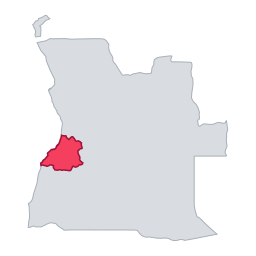 Benguela on a map of Angola (Mercator projection)
{"feature_id": "AGO-1887", "entity_name": "Benguela", "entity_type": "Province", "adm_level": 1, "iso_a3": "AGO", "parent_name": "Angola", "parent_adm1": "", "projection": "mercator", "projection_center": [13.731, -12.811], "detail": "fine", "context": "in_parent", "style": "filled", "palette": "rose", "viewbox_px": 256, "rotation_deg": 0, "n_neighbors": 0, "source": "natural_earth", "source_scale": "10m", "svg_char_len": 5942}
<svg xmlns="http://www.w3.org/2000/svg" viewBox="0 0 256 256"><path d="M226.5,120.8L226.8,123.0L227.2,126.0L227.4,128.2L227.7,129.1L227.8,129.7L227.5,130.2L227.2,131.5L226.8,132.7L226.5,133.5L226.7,135.0L226.4,139.3L226.3,141.5L227.0,145.3L226.9,146.5L225.5,150.1L225.2,151.9L225.1,152.8L226.5,155.4L226.4,155.9L225.3,156.1L224.5,156.1L194.2,156.1L194.2,201.7L194.2,205.6L195.2,210.8L197.0,216.5L197.7,217.0L199.5,218.0L202.0,220.2L203.4,221.8L206.3,224.6L210.1,228.1L217.0,234.2L193.9,238.7L185.1,240.3L184.3,240.3L183.0,239.7L180.2,239.5L176.9,240.4L174.2,240.6L172.3,240.2L170.4,239.5L168.5,238.4L165.3,238.0L160.7,238.3L156.3,238.1L152.0,237.3L149.0,237.0L147.2,237.2L145.2,237.0L143.1,236.3L141.4,235.2L139.2,233.0L137.6,230.8L137.2,230.5L136.6,230.2L136.1,230.1L127.0,230.0L71.6,229.9L65.1,230.2L64.6,230.2L63.8,229.9L63.3,229.4L61.5,228.2L59.9,227.3L57.7,225.7L56.3,224.0L55.2,223.4L53.1,223.1L51.5,222.8L50.3,222.8L48.0,223.6L46.3,224.4L45.1,225.1L43.0,226.0L41.3,226.9L38.2,226.8L37.6,226.9L35.9,226.9L34.3,226.1L32.6,226.2L30.8,227.1L28.2,227.5L28.8,221.1L29.5,218.3L29.5,214.9L29.1,206.2L28.7,205.0L28.4,203.5L30.0,202.5L30.8,201.7L31.9,200.2L32.7,198.2L33.6,193.7L36.9,183.5L38.5,173.5L40.6,168.7L41.3,163.4L47.0,156.6L48.3,152.4L51.3,150.3L55.4,148.1L58.3,144.3L59.7,141.6L61.4,136.4L61.3,131.0L62.4,123.9L62.1,121.8L60.6,119.0L60.3,116.9L58.9,114.9L57.4,113.4L56.7,110.7L54.0,106.5L53.3,103.6L52.0,101.6L51.8,99.1L51.1,96.4L49.8,93.8L48.6,90.8L48.6,89.9L49.4,88.7L50.1,88.4L49.9,88.9L49.4,89.6L49.5,90.1L54.4,84.9L54.8,83.9L54.6,82.7L54.6,81.3L54.8,79.7L50.1,70.0L46.4,61.1L45.8,56.5L40.9,50.6L38.9,46.7L37.8,44.0L37.0,43.0L37.3,42.5L38.6,42.3L41.4,41.7L45.2,41.0L48.8,39.4L49.7,38.7L51.6,38.6L53.5,39.0L54.2,38.7L54.6,38.7L59.1,38.7L61.0,38.6L64.5,38.6L66.7,38.7L67.9,38.9L71.3,39.2L75.5,39.1L77.0,39.0L82.5,38.9L92.8,38.7L98.2,38.7L102.4,38.8L104.3,39.3L106.0,40.4L106.8,41.4L107.1,41.8L107.6,42.8L108.6,43.6L108.9,44.9L108.6,46.6L108.8,48.6L109.3,51.0L110.5,53.6L112.2,56.2L112.9,58.3L112.7,59.8L113.2,61.5L114.5,63.2L115.5,64.1L116.0,64.8L117.5,67.5L122.2,74.9L122.9,75.2L123.9,75.1L126.1,74.8L128.3,74.7L129.8,75.4L130.5,75.3L132.8,74.0L135.1,73.6L137.6,73.1L138.8,72.6L140.3,72.6L144.3,73.6L145.0,73.7L148.2,73.7L151.4,73.1L151.9,68.8L152.0,68.0L152.7,66.4L153.7,65.0L153.8,63.7L153.8,61.8L154.5,59.6L156.6,57.9L160.1,57.0L162.1,56.9L165.2,56.4L170.0,55.9L171.7,56.0L171.9,56.2L170.8,59.3L170.8,60.3L171.2,61.3L172.0,61.8L181.4,61.9L190.5,62.3L191.0,62.4L191.4,62.6L192.0,64.2L191.9,67.1L191.0,71.4L191.3,75.5L192.9,79.2L193.0,85.0L191.8,92.8L191.5,97.7L192.3,99.8L193.7,102.0L196.0,104.2L197.8,107.1L199.0,110.7L199.5,113.0L199.1,113.9L199.2,115.6L199.6,117.9L199.1,119.4L197.9,120.1L197.5,121.2L198.1,123.2L198.2,125.0L199.1,126.2L199.7,126.2L200.9,125.6L202.5,124.4L203.7,123.9L205.4,123.9L207.8,124.3L212.0,124.4L213.3,124.2L217.3,122.6L218.3,122.5L219.9,122.6L222.1,123.1L224.3,123.2L225.4,122.7L225.5,122.0L225.9,121.2L226.5,120.8ZM49.8,18.7L49.5,19.0L47.8,19.7L45.9,20.4L43.3,23.1L42.1,24.3L41.7,24.6L40.6,25.3L39.7,25.8L39.7,26.1L40.3,26.5L40.9,27.1L40.8,31.6L40.6,36.0L40.3,36.4L38.7,36.5L36.5,36.8L35.9,37.0L35.6,36.6L34.9,35.0L35.3,33.4L35.7,32.3L35.3,29.9L34.2,27.9L33.0,25.2L32.7,24.7L33.7,23.9L35.1,22.0L35.7,21.0L37.4,20.8L38.0,20.2L38.5,19.1L38.6,18.5L40.5,17.9L42.8,17.0L44.1,16.0L45.3,15.4L46.2,15.4L46.7,15.6L48.2,17.4L49.4,18.5L49.8,18.7Z" fill="#d9dde1" stroke="#a8b0b8" stroke-width="1"/><path d="M41.0,165.6L40.9,165.3L40.9,165.2L40.9,164.5L40.9,164.3L40.7,163.7L40.8,163.2L41.0,162.8L41.3,162.7L41.6,162.7L41.8,162.4L42.0,162.1L42.3,162.0L42.5,161.9L42.8,161.5L42.8,161.4L42.7,161.2L42.8,160.9L42.9,160.6L43.0,160.4L43.5,160.1L43.6,159.9L43.8,159.8L44.2,159.6L44.3,159.6L44.6,159.5L44.7,159.3L45.8,158.0L46.3,157.6L46.4,157.4L46.7,157.0L47.7,155.8L47.9,155.4L47.9,154.9L47.8,154.5L47.6,154.0L47.4,153.5L47.6,153.1L48.4,152.3L48.8,152.1L49.8,151.1L50.3,150.8L50.4,150.7L50.7,150.2L50.8,150.1L51.2,149.7L51.5,149.5L51.8,149.5L52.2,149.6L52.4,149.7L52.9,149.2L53.1,149.1L53.4,149.2L53.7,149.4L53.9,149.5L54.5,149.4L55.0,149.0L55.7,148.2L56.1,147.9L56.2,147.7L56.3,147.5L56.3,146.8L56.4,146.5L56.5,146.2L56.8,145.7L57.8,144.7L57.9,144.8L57.7,145.0L57.7,145.3L58.0,145.0L58.3,144.5L58.8,143.9L59.0,143.6L59.4,142.3L59.9,141.3L60.1,140.8L60.2,139.7L60.3,139.4L60.6,139.1L60.8,138.9L60.9,138.6L61.0,138.2L61.3,136.5L61.5,136.0L61.5,135.7L61.5,135.3L62.3,135.6L62.7,135.6L63.1,135.7L64.5,135.9L65.4,135.8L65.7,135.8L66.1,136.0L66.2,136.3L66.4,137.1L66.5,137.5L66.7,137.8L67.5,138.2L67.9,138.6L68.7,139.5L69.7,138.8L70.5,137.7L70.8,137.4L71.6,136.9L71.9,136.8L72.4,136.7L72.7,136.8L73.2,137.2L74.8,139.3L75.2,140.2L75.7,140.9L76.7,141.2L77.2,141.1L77.9,140.9L78.3,140.9L78.7,141.0L80.2,141.8L80.4,142.0L80.6,142.4L80.7,142.6L81.1,142.9L81.4,142.9L81.3,145.0L81.4,145.3L81.9,146.9L81.9,147.3L82.2,148.1L81.9,148.5L81.2,148.6L80.6,148.7L80.2,148.9L79.9,149.1L79.5,149.4L79.3,149.8L78.5,150.3L78.2,150.5L77.9,150.9L78.0,151.7L77.9,152.1L78.0,152.5L78.4,153.7L78.6,154.6L79.1,155.6L79.5,156.1L79.6,156.3L79.8,157.4L79.9,158.2L79.8,158.5L79.7,158.8L79.6,159.2L79.7,159.6L79.9,160.0L80.4,160.9L80.8,161.3L81.7,161.9L82.2,162.5L82.8,162.8L82.5,164.0L80.7,164.9L80.4,164.8L79.6,164.7L78.8,165.3L78.2,166.0L77.8,166.3L77.4,166.5L75.8,167.1L75.2,167.1L73.9,166.5L73.3,166.3L73.1,166.2L72.6,166.4L72.5,166.8L72.5,167.1L72.2,167.4L71.1,169.7L70.6,170.4L69.7,170.7L66.2,170.2L65.6,170.3L65.2,170.2L64.4,169.9L64.1,169.9L63.7,169.9L62.5,170.2L61.8,170.2L61.2,170.1L60.8,170.0L60.4,169.8L59.9,169.7L59.5,169.6L57.8,170.2L57.3,170.3L57.0,170.2L56.4,170.0L55.9,169.9L55.1,170.0L54.8,169.8L54.6,169.5L54.2,168.7L53.6,168.0L53.4,167.6L53.3,167.2L53.3,166.8L53.5,166.1L53.5,165.8L53.3,165.5L50.3,164.8L49.8,164.9L49.6,165.1L49.3,165.4L49.1,165.5L47.3,166.2L46.9,166.3L46.5,166.2L45.8,165.7L44.6,165.6L43.8,165.3L42.3,165.0L41.9,165.1L41.6,165.2L41.1,165.6L41.0,165.6Z" fill="#f43f5e" stroke="#9f1239" stroke-width="1.5"/></svg>